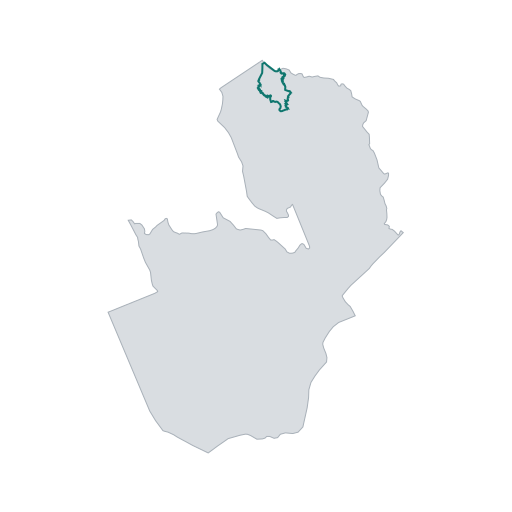 Mpulungu, Northern, Zambia shown in context, rotated 338°
{"feature_id": "96606910B10449137451116", "entity_name": "Mpulungu", "entity_type": "district", "adm_level": 2, "iso_a3": "ZMB", "parent_name": "Zambia", "parent_adm1": "Northern", "projection": "equal_earth", "projection_center": [30.995, -8.984], "detail": "fine", "context": "in_parent", "style": "outline", "palette": "teal", "viewbox_px": 512, "rotation_deg": 338, "n_neighbors": 0, "source": "geoboundaries", "source_scale": "gbopen_adm2", "svg_char_len": 8496}
<svg xmlns="http://www.w3.org/2000/svg" viewBox="0 0 512 512"><g transform="rotate(338 256 256)"><path d="M325.6,348.6L307.7,348.6L301.2,350.5L295.8,353.4L289.5,357.9L285.8,361.1L284.8,362.8L284.3,366.6L284.3,372.6L283.7,376.8L281.7,380.7L272.1,385.4L265.8,389.3L259.6,393.8L254.9,399.8L251.7,407.0L246.5,416.0L235.4,432.1L229.0,435.1L223.6,434.4L217.0,431.0L211.8,430.4L208.0,432.5L204.5,431.8L201.2,428.5L198.4,427.3L196.2,428.2L193.4,428.0L188.2,426.2L183.7,420.4L181.3,418.1L179.4,417.2L174.0,416.2L161.8,414.9L149.1,417.8L137.9,420.7L126.3,407.9L115.1,394.3L112.7,390.9L108.5,386.4L105.5,384.2L104.3,383.1L101.2,371.0L99.4,359.9L97.8,252.7L148.3,252.7L151.5,252.2L151.6,251.1L149.2,245.4L149.3,243.3L149.9,239.4L152.1,231.6L152.2,229.0L151.1,220.5L151.1,215.8L151.6,206.2L151.2,202.9L152.4,198.6L152.8,195.8L153.2,194.5L152.6,191.3L151.5,179.8L150.9,175.0L153.9,175.8L154.9,178.1L155.5,180.7L156.9,180.8L160.5,182.3L161.8,184.5L162.7,189.0L162.2,191.4L161.0,193.3L162.2,195.0L164.6,196.1L166.0,195.7L170.1,192.6L173.8,191.5L175.7,190.6L184.1,188.6L185.7,187.5L186.9,187.5L187.7,188.4L187.0,191.6L186.8,194.5L187.8,199.9L188.6,202.5L190.4,204.3L191.6,205.3L193.1,207.2L196.0,206.9L202.4,209.7L204.3,211.0L207.0,212.2L208.9,212.7L215.5,213.7L222.5,215.2L226.1,215.4L228.7,215.0L230.5,214.2L231.6,213.3L232.1,212.5L234.6,202.2L236.0,201.4L237.7,200.9L238.7,201.8L239.9,208.3L244.9,214.2L246.7,219.1L247.9,223.4L249.0,224.5L251.0,226.0L254.0,226.5L256.7,226.6L270.3,233.8L271.8,235.1L273.5,239.0L274.5,243.3L275.6,246.7L277.3,247.4L278.9,247.6L280.5,250.0L281.6,252.0L285.7,260.5L286.2,263.8L288.2,266.1L290.8,267.0L293.3,267.2L294.7,266.2L298.1,264.4L300.8,262.4L302.8,261.7L303.9,262.1L304.8,263.5L305.4,267.7L307.3,269.2L308.8,268.6L309.3,267.0L309.3,266.1L309.2,221.9L308.0,222.2L306.4,223.5L302.9,223.6L301.5,224.6L301.0,226.0L301.3,227.8L301.4,230.3L300.9,231.5L299.3,232.0L297.0,231.0L292.9,229.7L289.4,228.9L287.0,225.6L283.6,220.6L281.4,218.1L276.1,212.9L275.2,211.8L273.6,209.4L272.2,205.2L270.9,200.4L270.2,197.4L271.4,192.7L274.5,177.3L275.2,172.5L277.7,167.6L277.9,163.3L276.9,157.7L277.1,154.6L277.4,137.0L276.7,131.4L275.0,125.2L271.1,116.6L271.1,114.8L277.0,109.2L278.7,107.1L281.8,102.5L283.8,98.7L285.2,95.5L285.6,91.5L284.6,87.6L286.6,86.9L335.1,76.9L335.8,79.6L337.3,84.0L338.9,87.2L341.0,90.0L342.8,91.8L344.0,92.3L351.4,92.1L354.1,93.8L356.4,96.0L357.0,99.4L358.6,101.5L360.2,103.2L360.9,103.4L362.2,103.0L364.1,102.9L366.0,103.7L366.9,104.4L367.0,107.2L367.5,108.5L370.1,109.0L372.6,109.2L375.1,111.1L377.8,111.5L380.9,112.2L382.3,114.3L385.6,116.4L389.7,118.3L394.1,121.4L394.2,122.4L395.0,124.3L395.7,125.6L395.8,127.5L396.2,129.3L397.3,129.8L398.3,129.9L399.1,128.6L400.3,128.6L401.6,129.5L402.1,131.5L403.1,134.3L404.7,136.3L405.8,138.1L405.4,141.5L404.7,144.5L406.9,147.6L409.8,150.5L410.6,151.7L410.8,156.0L411.3,157.5L413.2,161.0L414.2,163.4L414.1,164.8L408.8,171.8L405.6,172.9L404.1,174.3L403.3,175.8L405.4,182.8L406.5,185.5L405.5,188.8L403.4,194.5L402.4,195.0L402.3,199.3L402.9,200.8L403.9,202.0L404.3,204.9L404.2,212.2L402.9,220.3L405.3,227.5L406.1,228.3L409.4,228.3L409.9,228.9L409.1,230.9L406.8,234.1L402.6,236.5L396.6,239.2L395.3,241.8L394.5,245.5L395.2,247.7L396.0,249.0L395.7,252.3L395.2,255.7L395.4,258.4L395.1,260.9L394.3,262.0L393.2,265.7L391.9,269.3L390.9,271.0L389.4,272.7L387.0,274.1L387.1,274.9L389.7,276.5L390.4,277.7L390.7,278.5L389.6,280.3L390.8,281.5L392.3,282.4L393.7,284.8L395.4,289.4L395.7,289.8L396.1,289.9L397.0,289.4L398.7,287.5L399.9,286.9L401.3,289.5L376.2,300.8L370.3,303.1L361.5,307.0L358.7,308.5L356.4,310.0L333.1,318.7L329.4,320.5L321.2,325.0L320.9,325.7L321.0,327.7L321.7,331.9L323.2,335.8L324.4,338.0L325.2,343.6L325.6,348.6Z" fill="#d9dde1" stroke="#a8b0b8" stroke-width="1"/><path d="M341.0,130.9L341.0,130.7L340.9,130.6L340.8,130.4L340.3,130.0L340.2,129.7L339.9,129.3L339.8,129.1L339.6,128.8L339.7,128.7L339.8,128.5L339.8,128.4L339.9,128.5L340.0,128.4L339.9,128.3L339.9,128.1L340.1,128.0L340.3,127.9L340.3,127.4L340.4,127.1L340.6,127.1L340.7,126.9L340.8,127.0L341.1,127.0L341.0,126.9L341.1,126.7L340.9,126.5L341.0,126.4L341.1,126.5L341.2,126.4L341.2,126.2L341.3,126.1L341.2,126.0L341.3,126.0L341.2,125.8L341.3,125.8L341.5,125.7L341.4,125.5L341.5,125.3L341.4,125.1L341.5,125.0L341.4,124.5L341.5,124.4L341.5,124.2L341.3,124.0L341.2,123.7L341.5,123.6L341.6,123.4L341.6,123.1L341.9,123.4L342.2,123.5L342.4,123.7L342.5,123.6L342.9,123.5L343.1,123.6L343.3,123.9L343.6,123.9L344.0,123.8L344.0,123.7L344.2,123.0L344.1,122.7L344.3,122.2L344.5,121.5L344.9,121.1L345.1,121.1L345.5,121.1L345.8,120.0L345.5,120.0L345.5,119.9L345.9,119.8L346.2,119.5L346.9,119.2L347.1,119.0L347.2,118.9L347.6,118.8L347.8,118.7L348.1,118.6L348.4,118.5L348.6,118.4L348.7,118.1L348.9,118.0L349.0,117.8L349.2,117.6L349.3,117.6L349.5,117.6L349.4,117.3L349.4,117.0L349.3,116.9L349.3,116.6L349.2,116.4L349.2,116.1L349.0,115.8L348.6,115.5L348.4,115.6L348.1,115.4L348.1,115.5L345.3,113.0L345.5,112.2L345.7,111.9L345.9,111.4L346.1,111.2L346.4,110.5L346.4,110.3L346.6,110.0L346.5,109.6L346.6,109.3L346.6,109.1L346.7,108.8L346.6,108.1L346.5,107.9L346.4,107.7L346.5,107.5L346.4,107.2L346.5,107.1L346.6,106.7L346.3,106.4L346.2,106.3L345.9,106.5L345.9,106.2L345.8,105.9L345.6,105.2L345.6,104.5L345.6,104.1L345.8,104.2L346.1,104.4L346.3,104.2L346.2,103.8L346.3,103.6L346.2,103.3L346.3,103.3L346.2,103.0L346.2,102.9L346.1,102.2L345.9,101.3L346.0,101.2L346.3,101.1L346.4,101.6L346.5,101.7L346.5,101.9L346.7,102.0L347.5,102.0L347.7,101.7L347.9,101.6L347.8,101.3L347.8,100.9L347.7,100.9L347.6,100.7L347.5,100.3L347.5,100.1L347.8,100.0L348.2,100.0L348.5,100.1L348.8,100.1L349.0,100.2L349.3,100.2L349.6,100.0L350.2,99.7L350.2,99.4L350.4,99.4L351.0,98.8L350.9,98.6L351.0,98.3L350.9,98.2L350.6,97.7L350.4,97.5L350.2,97.6L350.3,97.4L350.1,97.4L350.0,97.1L349.9,97.1L349.7,96.8L349.4,96.9L349.1,96.8L349.1,96.7L348.9,96.5L348.6,96.5L348.5,96.4L348.4,96.2L348.2,96.1L347.9,96.3L347.8,96.2L347.5,95.2L347.8,94.9L348.0,94.7L348.0,93.4L347.8,92.7L347.6,91.3L347.4,91.4L347.2,91.7L346.8,91.6L346.8,91.9L346.5,92.3L345.6,92.7L344.7,92.7L343.2,92.0L342.7,91.5L342.3,91.0L342.0,90.3L341.8,90.0L337.6,82.9L336.3,80.0L333.9,80.3L332.3,84.2L330.3,88.6L324.9,93.3L325.0,93.6L324.9,94.0L324.0,94.3L323.7,94.6L323.7,94.8L323.6,95.0L324.2,96.8L324.2,97.1L324.2,98.1L324.2,98.4L324.2,98.5L324.5,98.8L324.3,99.2L324.2,98.7L323.8,98.7L323.6,98.9L323.6,99.0L323.3,99.0L323.3,98.9L323.1,98.9L323.2,99.0L322.9,99.4L322.7,99.4L322.6,99.2L322.6,99.4L322.5,99.6L322.3,99.5L322.2,99.8L322.0,99.7L321.6,100.0L321.5,100.3L321.1,100.5L320.8,100.8L320.6,100.9L320.7,101.5L320.8,101.6L320.7,101.8L320.6,101.7L320.7,102.0L320.8,102.6L321.0,102.6L321.0,102.8L321.4,102.7L321.5,102.8L321.8,102.6L322.0,103.1L321.9,103.8L321.6,103.7L321.4,103.8L321.4,104.0L321.5,103.9L321.6,104.1L321.9,104.5L322.0,104.6L322.5,104.9L322.3,105.1L322.1,104.9L321.9,105.1L322.1,105.2L322.2,105.5L322.4,105.7L322.5,105.9L322.3,106.0L322.2,106.2L322.0,106.3L321.8,106.6L322.2,106.7L322.5,106.4L322.6,106.7L322.9,107.0L322.7,107.2L322.7,107.5L322.8,107.6L323.2,107.5L323.3,107.6L323.4,107.9L323.5,108.1L323.5,108.4L323.5,108.5L323.4,108.5L323.3,108.3L323.2,108.5L323.3,108.8L323.5,108.9L323.6,109.0L323.6,109.3L323.5,109.5L323.6,109.9L323.7,110.1L324.0,110.4L324.4,110.3L324.5,110.5L324.7,111.0L324.9,111.3L324.8,111.6L324.7,111.7L324.7,111.8L324.9,111.9L325.3,112.4L325.3,112.1L325.4,111.9L325.6,111.8L325.6,111.7L326.0,111.6L325.9,112.0L326.0,112.3L326.3,112.5L326.3,112.3L326.9,112.2L327.0,112.4L327.4,112.3L327.5,112.5L327.9,112.6L328.0,112.8L328.2,112.7L328.4,112.7L328.5,112.6L328.8,112.5L329.0,112.5L329.3,112.5L329.4,112.8L329.5,112.9L329.8,112.8L329.9,113.0L329.8,113.3L329.6,113.3L329.4,113.5L329.1,113.9L328.9,113.9L328.8,114.1L328.6,114.2L328.2,115.2L328.1,115.6L327.8,116.3L327.8,116.5L327.8,116.8L327.7,117.6L327.7,118.5L327.6,119.4L327.6,119.7L327.8,119.1L327.9,118.9L328.1,119.0L328.6,119.0L329.4,118.6L329.7,118.6L330.0,118.7L330.2,118.9L330.4,119.3L330.6,119.6L331.0,119.8L331.1,120.0L332.0,120.5L332.5,120.4L332.6,120.5L333.1,120.7L333.6,121.1L334.0,121.7L334.3,122.8L334.7,123.4L334.8,123.6L334.9,123.8L335.1,124.3L335.1,125.1L335.1,125.6L335.0,126.2L335.0,126.5L334.4,127.4L334.2,127.7L334.1,127.9L333.7,128.2L333.1,128.4L332.8,128.6L332.6,128.9L332.5,129.1L332.4,129.5L332.9,130.7L333.1,131.0L333.7,131.2L334.5,131.4L335.2,131.4L335.6,131.3L336.8,131.4L337.4,131.3L337.6,131.4L337.9,131.3L338.3,131.4L338.8,131.4L339.8,131.8L340.1,131.6L340.9,130.8L341.0,130.9Z" fill="none" stroke="#0f766e" stroke-width="2"/></g></svg>